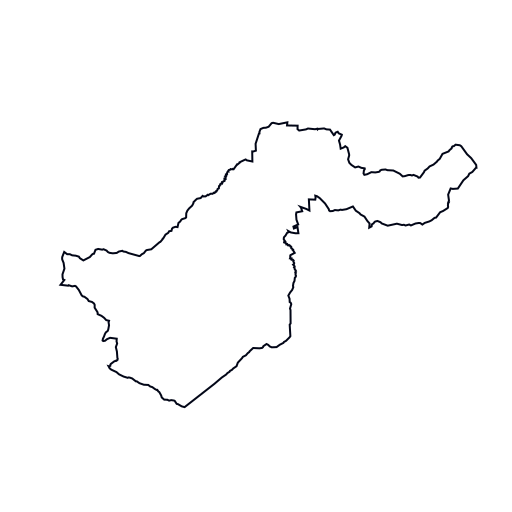 Suseni, Harghita, Romania (orthographic projection), rotated 17°
{"feature_id": "2599482B84922029149234", "entity_name": "Suseni", "entity_type": "district", "adm_level": 2, "iso_a3": "ROU", "parent_name": "Romania", "parent_adm1": "Harghita", "projection": "orthographic", "projection_center": [25.567, 46.618], "detail": "fine", "context": "isolated", "style": "outline", "palette": "ink", "viewbox_px": 512, "rotation_deg": 17, "n_neighbors": 0, "source": "geoboundaries", "source_scale": "gbopen_adm2", "svg_char_len": 6127}
<svg xmlns="http://www.w3.org/2000/svg" viewBox="0 0 512 512"><g transform="rotate(17 256 256)"><path d="M269.6,367.1L269.8,363.3L272.5,357.8L272.9,356.3L275.4,353.9L276.5,351.3L277.6,349.9L277.7,349.1L280.2,344.8L286.2,343.3L288.6,342.2L289.3,341.2L289.4,340.1L291.8,337.1L293.6,337.4L295.7,338.5L297.8,338.7L302.3,337.1L304.7,333.9L307.6,331.1L307.9,330.0L309.5,328.4L311.9,323.9L312.3,322.6L308.3,311.8L308.8,310.4L304.8,297.6L303.9,296.4L303.8,291.7L302.8,290.5L301.7,290.2L300.6,287.1L298.5,284.4L299.3,280.9L300.5,277.9L300.8,274.9L300.1,273.8L299.7,270.8L300.1,268.6L299.5,265.5L300.1,264.1L300.0,263.2L299.3,262.5L299.1,261.1L298.5,260.6L298.8,259.8L298.4,259.7L298.3,258.2L297.0,257.5L296.5,256.4L295.7,255.8L296.1,255.2L296.0,254.6L294.0,253.4L294.7,252.5L294.6,251.6L293.3,250.4L293.4,249.4L292.4,248.8L291.0,249.2L290.5,248.8L290.6,248.0L289.2,248.3L289.2,247.0L288.7,246.1L288.7,245.1L292.1,241.7L290.0,239.9L289.8,239.3L289.2,239.4L288.9,238.7L287.5,238.3L287.2,237.1L286.6,236.7L286.2,236.9L285.4,236.1L284.6,236.3L284.3,235.9L283.4,236.4L282.4,235.4L281.6,236.0L280.8,234.9L278.9,234.8L278.8,233.6L279.4,233.3L277.7,232.0L277.3,230.6L277.4,229.5L278.2,228.0L279.0,224.7L280.4,223.6L279.6,222.7L282.4,223.3L287.2,222.7L289.9,221.8L287.2,216.2L284.2,218.6L283.2,216.9L287.1,213.5L284.1,209.5L282.1,204.4L281.9,202.5L287.1,199.7L284.9,196.6L284.0,196.0L290.4,196.3L293.8,196.9L290.0,186.4L296.2,184.8L295.9,182.7L295.1,181.0L296.9,181.0L300.0,182.0L306.7,185.6L311.9,189.9L312.6,191.1L313.8,191.5L316.3,190.5L318.0,189.0L321.4,188.3L323.2,187.0L324.8,186.8L328.8,184.8L334.2,180.3L338.2,183.5L342.5,184.8L343.8,185.7L348.2,186.6L352.2,189.9L355.1,191.7L356.0,195.8L357.9,193.9L357.6,192.1L357.9,191.4L358.8,190.6L359.3,189.1L359.9,188.2L361.9,187.0L365.2,187.3L366.7,188.1L373.1,188.5L381.3,183.9L386.6,183.7L388.3,182.9L390.1,183.1L393.3,181.1L395.2,181.5L399.0,178.3L402.1,176.8L403.5,176.5L405.9,177.3L407.7,175.0L411.6,172.3L413.5,170.5L415.6,167.3L417.0,166.6L419.3,160.3L421.7,158.3L425.3,154.1L425.4,152.9L424.7,151.4L424.4,149.5L424.6,148.6L424.2,148.7L424.3,146.5L421.8,141.1L422.4,134.5L424.6,134.3L429.3,132.5L432.2,122.9L435.5,117.6L435.9,114.9L438.3,112.4L440.6,107.2L441.0,107.1L439.9,104.5L433.2,99.5L428.1,97.0L420.2,91.0L418.5,90.5L414.3,91.2L413.1,93.1L411.9,93.7L411.5,94.8L411.6,95.9L410.1,98.2L409.6,99.7L404.5,103.8L403.3,109.4L401.7,111.8L401.6,112.6L399.0,116.7L395.8,119.6L394.6,122.1L392.3,125.1L392.1,126.8L389.9,133.0L388.5,133.6L387.3,132.8L382.9,132.4L381.6,133.4L379.8,133.4L377.9,134.1L375.0,136.1L373.0,137.0L369.5,135.3L362.3,134.1L356.6,135.5L354.5,135.4L351.0,136.8L349.8,137.8L349.5,139.0L348.9,139.6L345.7,141.2L341.8,142.1L338.4,145.3L335.9,146.7L334.7,145.6L334.2,142.7L334.6,141.0L334.3,140.4L331.0,140.9L327.8,140.5L324.9,142.3L320.6,141.0L318.0,139.6L315.8,136.6L315.7,132.6L315.3,131.5L311.8,125.8L309.2,124.9L308.2,126.5L305.6,128.6L303.8,124.8L301.6,121.4L302.7,115.9L302.6,114.9L299.2,114.5L297.8,113.3L296.3,114.5L295.9,115.2L295.8,116.9L295.1,117.7L289.8,113.5L286.3,114.3L283.8,114.1L278.2,116.4L277.9,116.9L277.5,116.3L275.4,117.5L268.4,118.9L266.8,120.3L260.6,123.4L258.6,122.5L257.7,119.2L247.5,122.1L246.9,119.0L239.2,123.2L233.4,123.6L232.1,124.4L230.3,128.7L228.0,130.4L225.6,131.3L223.2,133.3L223.0,136.3L223.5,137.8L223.0,138.1L222.8,148.8L225.1,155.3L222.9,156.8L221.8,157.1L224.9,166.7L219.2,167.2L217.9,166.7L216.9,167.5L213.0,171.1L213.2,171.4L211.4,174.1L211.1,174.0L209.2,179.6L208.3,179.5L207.9,180.1L206.3,180.3L206.1,181.0L204.9,181.7L204.6,182.5L204.9,183.2L204.5,183.2L204.0,184.4L204.2,185.6L203.9,186.0L204.2,186.3L203.5,186.8L204.0,187.4L203.7,187.7L204.0,188.1L203.4,188.7L203.9,188.9L203.6,189.5L204.0,189.8L203.9,190.3L204.1,190.2L204.4,191.2L204.0,191.3L204.2,191.6L204.0,192.2L203.4,192.0L203.9,193.5L202.9,194.2L202.4,195.4L202.0,195.4L202.3,196.7L201.5,196.8L201.3,197.1L201.6,197.1L200.9,197.9L201.0,198.2L200.2,198.4L200.8,198.5L200.7,199.6L200.2,200.0L200.7,202.2L199.7,203.1L199.7,204.8L198.9,205.6L199.1,206.2L198.2,206.9L198.2,207.5L197.7,208.0L197.1,207.9L196.3,209.2L194.4,209.7L192.5,211.8L191.9,211.6L190.4,213.7L188.4,214.4L187.4,214.1L186.1,216.8L182.9,218.5L181.9,220.1L180.5,222.8L180.7,224.0L180.2,226.5L178.1,230.1L177.1,232.7L176.8,235.5L177.9,239.6L177.3,240.5L174.5,242.4L173.9,243.4L173.4,245.2L172.2,247.0L172.5,251.3L170.5,251.6L168.3,253.2L167.7,254.4L167.8,256.7L165.7,257.7L165.3,259.5L163.2,262.0L162.1,266.5L161.7,266.7L161.6,267.7L160.4,270.5L159.8,270.9L153.9,280.2L149.9,282.2L149.1,283.0L147.9,286.1L146.3,287.7L145.0,289.9L144.4,290.2L133.2,290.5L130.4,290.1L127.8,290.5L126.7,290.1L123.6,291.8L121.9,293.8L118.3,295.3L114.9,295.8L113.2,295.5L111.5,294.5L108.2,294.1L107.1,294.9L103.0,295.4L100.7,297.0L100.4,301.2L99.5,301.6L98.8,302.5L97.4,305.6L92.2,310.7L88.2,309.6L86.8,308.4L83.5,308.4L80.0,309.1L77.4,308.7L74.9,309.5L71.4,308.2L71.0,313.6L71.2,314.7L71.7,316.0L74.0,318.8L76.5,324.1L76.3,330.1L77.2,332.8L78.3,334.8L79.7,335.0L77.5,340.7L85.1,339.3L85.4,338.7L89.1,338.8L91.6,337.5L92.8,337.7L96.5,340.3L100.9,344.7L102.6,345.3L103.7,345.1L107.4,346.4L109.2,348.0L112.6,347.9L115.0,348.8L116.0,349.9L116.8,352.6L120.9,356.1L121.6,357.9L125.7,358.4L128.8,359.5L131.5,361.1L134.4,360.9L134.4,362.5L135.7,365.2L136.2,369.5L136.1,371.0L134.7,373.0L134.3,375.0L134.2,377.4L133.8,379.8L134.0,381.7L134.8,382.0L136.4,381.2L137.9,379.0L140.4,376.9L147.0,375.8L147.6,378.4L148.8,380.3L148.6,384.1L150.9,388.0L153.2,393.9L153.8,394.7L153.9,395.9L153.0,396.7L153.1,397.1L151.4,398.0L148.7,401.7L148.5,402.7L148.8,403.6L147.9,404.5L147.2,404.5L148.9,406.2L150.8,407.0L156.5,407.8L159.6,409.2L164.6,410.0L168.9,410.0L169.6,409.4L170.8,409.2L173.4,409.3L177.8,411.0L178.6,410.7L181.7,411.7L186.4,411.9L190.7,410.8L192.9,411.7L195.2,411.7L198.3,412.8L200.4,413.2L200.8,412.9L202.2,414.1L203.3,414.4L206.1,417.1L207.2,418.8L210.2,420.2L213.2,419.4L215.2,419.7L217.1,418.6L219.9,418.2L220.6,418.3L223.4,420.6L224.7,420.5L228.9,421.5L231.9,421.4L253.6,390.4L258.9,382.1L262.1,378.1L262.9,376.3L264.5,374.5L264.7,373.5L266.3,371.9L267.1,370.2L269.6,367.1Z" fill="none" stroke="#020617" stroke-width="2"/></g></svg>